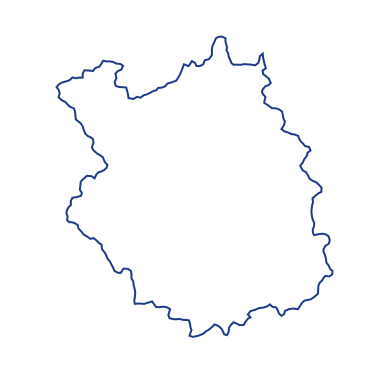 outline of Piranga, Minas Gerais, Brazil, rotated 259°
{"feature_id": "56859067B92965867058108", "entity_name": "Piranga", "entity_type": "district", "adm_level": 2, "iso_a3": "BRA", "parent_name": "Brazil", "parent_adm1": "Minas Gerais", "projection": "mercator", "projection_center": [-43.286, -20.626], "detail": "fine", "context": "isolated", "style": "outline", "palette": "blue", "viewbox_px": 384, "rotation_deg": 259, "n_neighbors": 0, "source": "geoboundaries", "source_scale": "gbopen_adm2", "svg_char_len": 4087}
<svg xmlns="http://www.w3.org/2000/svg" viewBox="0 0 384 384"><g transform="rotate(259 192 192)"><path d="M63.9,281.7L64.0,288.1L65.8,292.3L68.2,296.3L71.9,297.2L75.7,298.1L78.6,300.1L80.4,302.9L82.5,304.6L84.2,306.9L82.9,310.7L84.4,314.0L87.8,314.8L89.9,313.0L93.7,312.1L97.2,310.4L101.0,310.8L105.2,310.4L108.4,309.7L111.0,310.3L113.6,312.6L115.2,316.5L118.6,318.1L122.7,317.5L124.9,315.2L126.0,312.6L126.4,309.5L126.4,303.5L129.2,302.9L132.4,303.5L134.8,305.1L138.4,306.1L142.0,305.2L145.6,305.1L150.0,305.5L153.7,306.6L156.3,307.5L159.0,308.9L162.8,309.1L165.0,312.9L166.7,316.1L167.4,318.9L171.4,320.0L175.6,317.5L177.9,315.7L179.7,312.9L182.4,310.0L186.9,308.8L189.6,307.7L192.0,304.9L194.5,304.0L197.2,303.3L199.6,306.2L202.9,308.6L205.6,311.7L208.5,312.9L210.1,316.2L213.9,315.5L215.5,311.7L218.1,310.4L220.7,308.5L223.8,307.4L226.8,306.9L228.8,303.9L229.9,300.6L231.7,298.2L234.0,294.2L236.7,291.8L240.1,295.1L243.5,296.6L246.6,295.8L250.1,295.8L253.7,295.8L256.2,293.6L258.0,290.7L259.0,286.5L262.5,283.3L265.7,279.9L268.3,280.8L271.3,282.3L274.5,280.3L277.3,279.8L279.7,281.4L281.8,284.4L282.3,287.6L284.0,290.1L288.6,289.1L291.7,286.6L294.0,284.4L297.8,284.5L299.3,288.1L302.9,287.7L305.9,287.6L310.0,287.4L314.3,287.8L312.3,284.5L309.0,283.3L306.1,281.8L304.3,278.1L305.6,274.8L306.6,271.3L307.6,267.5L307.5,264.5L308.4,260.6L309.0,257.0L311.2,255.3L314.0,254.8L317.6,253.9L321.5,253.9L324.5,252.8L327.0,254.0L330.9,253.7L333.7,253.6L336.5,254.2L338.8,251.1L339.2,247.3L338.2,244.7L334.8,242.5L331.6,240.0L328.2,238.7L325.3,238.3L322.5,237.6L319.2,234.0L318.9,229.7L315.0,227.2L314.1,223.4L314.9,220.4L318.0,219.7L320.5,216.9L318.3,214.7L316.2,212.6L318.9,208.5L315.3,206.3L311.6,204.0L308.9,202.0L306.7,200.1L304.3,197.7L303.6,193.5L303.1,188.6L300.9,185.8L300.2,182.4L300.6,178.7L298.7,176.3L298.4,172.7L297.4,170.1L296.4,166.1L296.1,162.9L294.4,159.5L295.9,156.3L294.5,152.2L296.3,147.6L299.6,147.8L303.3,147.6L307.1,147.3L308.2,143.5L309.0,140.4L310.8,137.3L314.9,137.1L318.3,139.6L322.9,139.4L324.8,142.2L325.7,146.0L329.0,148.4L331.3,146.2L332.6,142.1L334.9,139.2L335.9,136.1L336.5,133.0L337.8,129.9L335.2,127.5L332.8,125.1L332.2,120.8L329.7,117.9L330.9,113.9L332.0,109.6L329.0,107.3L325.1,106.5L325.9,102.9L325.8,99.7L327.3,96.5L325.5,94.0L324.7,91.2L324.5,88.0L324.1,84.3L322.9,81.7L320.9,79.1L317.7,80.6L314.1,81.0L310.5,79.1L307.1,81.5L304.6,84.8L302.1,86.3L299.1,88.3L296.8,91.9L293.7,92.5L289.8,92.2L285.3,91.9L282.7,94.1L280.7,95.9L277.4,97.2L273.5,97.6L269.6,98.4L267.0,100.2L265.1,102.8L263.0,104.8L259.4,104.8L255.2,102.3L252.1,103.0L249.7,104.8L247.6,106.5L245.8,108.6L243.1,111.1L237.7,112.2L234.9,114.2L232.0,112.7L230.3,110.0L229.5,107.1L229.1,103.7L227.4,101.4L224.0,99.0L226.8,96.3L227.9,91.8L225.4,87.8L223.5,84.9L220.6,83.9L215.8,82.4L211.8,83.7L209.5,82.3L209.0,78.2L209.2,73.6L206.2,71.2L202.4,70.7L200.7,67.9L198.3,66.0L195.6,64.7L191.9,65.2L188.0,64.0L185.8,65.6L185.2,68.5L183.5,71.3L181.2,73.6L177.8,73.6L174.3,75.9L171.0,77.4L168.4,80.4L165.4,83.3L165.5,86.6L162.5,89.1L159.6,90.9L157.6,93.2L152.8,92.8L148.5,95.1L145.1,95.9L142.4,96.5L139.4,98.2L136.5,99.0L133.5,99.9L129.5,100.8L127.2,103.2L126.1,106.5L129.8,110.0L128.8,114.5L126.1,117.0L122.7,116.9L118.8,116.1L115.5,117.3L111.6,116.9L108.4,117.2L104.3,117.1L100.4,116.1L96.5,114.6L93.2,114.5L92.6,118.8L91.3,123.6L91.7,127.3L92.2,131.9L88.7,133.5L85.8,135.0L85.0,138.9L84.9,142.1L83.5,145.6L81.2,148.1L78.3,146.6L75.7,145.3L72.4,145.9L70.6,149.8L70.0,152.7L69.8,155.5L68.5,158.1L67.6,161.3L66.7,164.4L63.1,164.9L59.3,164.7L56.6,165.2L54.2,163.7L51.4,162.1L49.6,165.2L49.6,169.0L49.9,172.2L50.9,176.4L52.4,178.7L53.4,181.8L55.4,185.4L57.7,189.0L55.4,192.4L52.1,194.9L48.9,195.9L46.2,196.4L44.8,199.1L47.9,201.4L51.6,202.4L54.2,204.9L56.2,208.1L54.2,210.9L52.2,213.2L51.6,217.4L54.9,220.2L57.0,222.8L57.8,225.4L61.0,223.5L63.9,226.5L64.4,231.9L65.3,235.7L64.9,239.9L65.5,244.4L66.8,247.0L64.0,249.0L62.6,252.7L59.4,253.6L55.9,254.3L53.4,256.3L54.4,259.0L57.6,260.7L58.6,265.3L58.2,269.5L56.7,273.5L59.2,276.1L61.9,278.4L63.9,281.7Z" fill="none" stroke="#1e3a8a" stroke-width="2"/></g></svg>